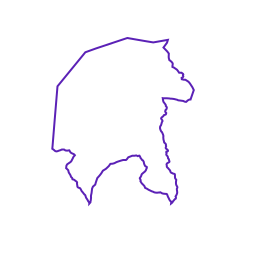 the district of Chokhorling, Pemagatsel, Bhutan, rotated 152°
{"feature_id": "84629894B57619855084660", "entity_name": "Chokhorling", "entity_type": "district", "adm_level": 2, "iso_a3": "BTN", "parent_name": "Bhutan", "parent_adm1": "Pemagatsel", "projection": "orthographic", "projection_center": [91.337, 26.854], "detail": "fine", "context": "isolated", "style": "outline", "palette": "violet", "viewbox_px": 256, "rotation_deg": 152, "n_neighbors": 0, "source": "geoboundaries", "source_scale": "gbopen_adm2", "svg_char_len": 5248}
<svg xmlns="http://www.w3.org/2000/svg" viewBox="0 0 256 256"><g transform="rotate(152 128 128)"><path d="M197.7,79.4L196.1,80.0L195.8,80.5L195.2,81.2L194.6,81.9L194.1,82.7L193.4,83.7L193.1,84.4L192.6,85.4L191.9,86.3L190.7,87.7L189.8,89.0L188.2,91.3L186.5,92.7L183.5,93.4L182.0,95.0L179.9,97.0L178.6,98.2L176.1,99.1L175.1,99.5L172.9,100.5L170.2,102.1L166.8,102.3L165.6,102.6L162.8,103.4L160.4,104.6L158.3,103.7L156.5,103.3L156.0,103.3L154.9,103.3L154.2,103.3L152.8,103.1L149.4,102.5L147.2,102.0L144.9,100.7L143.8,100.9L141.5,102.0L139.0,101.7L137.2,101.5L135.4,100.5L133.6,99.9L132.5,98.5L131.7,98.5L130.9,98.2L130.8,97.0L130.9,96.4L131.0,95.7L130.8,95.0L130.6,93.2L130.0,92.2L130.0,91.8L130.0,90.7L130.1,90.3L130.3,89.8L130.6,88.6L130.7,87.3L130.7,86.5L130.6,86.1L130.4,85.8L129.9,85.2L129.7,84.8L129.9,84.3L130.1,84.0L130.4,83.7L131.1,83.2L132.2,82.2L133.6,81.6L135.2,81.3L137.4,80.8L138.0,80.4L138.6,79.7L139.4,79.1L140.1,78.7L141.0,78.3L141.3,77.8L141.2,77.3L141.3,76.7L141.3,76.0L142.0,75.2L141.9,73.6L141.8,72.5L141.4,71.4L140.9,69.5L140.8,69.0L140.8,68.5L140.9,67.9L141.0,67.1L140.0,65.8L139.6,65.2L139.1,64.3L138.9,63.9L138.0,62.7L137.0,61.3L136.7,60.9L135.8,60.0L135.2,59.1L134.4,58.3L133.2,57.5L132.7,57.2L131.1,56.6L130.4,56.2L129.8,56.2L129.2,55.4L128.5,54.2L127.3,53.2L126.5,52.7L126.1,52.4L125.4,52.0L124.8,51.6L124.7,50.7L125.0,48.5L125.0,47.8L125.0,47.4L125.0,46.7L125.1,45.5L125.0,44.0L124.5,42.8L124.6,42.3L125.4,41.1L124.3,41.3L123.8,41.5L123.3,41.7L122.6,42.2L122.2,42.3L121.7,42.5L120.7,42.9L119.9,43.2L119.1,43.2L118.7,43.5L118.4,44.0L118.2,44.4L118.1,44.8L118.1,45.3L117.7,45.5L116.7,46.1L116.1,46.6L115.3,47.3L114.8,48.0L114.1,49.7L113.9,50.4L113.6,51.0L113.4,51.4L112.9,51.8L112.5,52.1L112.2,52.6L112.1,53.0L112.1,53.7L112.2,54.4L112.1,55.0L111.9,56.0L111.7,56.4L111.5,56.9L110.8,58.1L110.0,59.2L109.7,59.6L109.9,60.7L109.9,61.3L109.9,61.8L109.7,62.2L109.5,62.8L109.3,63.1L109.0,63.7L108.5,64.7L108.4,65.4L108.8,65.9L109.7,66.7L110.3,67.6L110.6,67.9L110.9,68.3L111.0,68.7L111.1,69.7L110.9,70.1L110.8,70.7L110.9,71.2L111.0,71.8L111.2,72.3L111.4,73.5L111.5,73.9L111.8,74.6L111.9,75.2L111.9,75.6L111.7,76.0L111.3,76.9L111.2,77.3L111.1,77.7L110.8,78.0L110.5,78.3L110.1,78.4L109.7,78.5L108.4,78.5L107.9,78.5L107.5,78.6L107.1,79.0L107.0,79.5L106.8,80.6L106.6,81.4L106.9,82.3L106.7,82.9L106.5,83.4L106.4,83.8L106.4,84.8L106.5,85.2L106.7,85.6L106.7,86.0L106.7,86.5L106.4,87.0L106.1,87.3L105.8,87.6L105.7,88.2L105.6,88.7L105.2,89.1L104.4,88.8L104.0,88.8L103.6,88.9L103.3,89.3L103.3,90.1L103.5,90.7L103.9,91.5L104.1,92.2L104.1,92.6L103.8,93.1L102.8,94.1L102.7,94.9L102.3,95.5L102.2,96.0L102.3,96.8L102.8,98.0L102.8,98.5L102.6,98.9L102.4,99.8L102.1,101.1L101.7,102.1L101.5,102.5L101.1,103.5L100.8,103.8L100.4,104.6L100.2,105.4L100.0,107.3L100.0,108.7L100.3,109.3L100.2,111.2L99.9,112.6L99.3,113.7L98.8,114.3L98.5,114.4L98.1,114.7L97.6,114.9L96.8,115.7L96.1,116.4L95.5,117.1L94.3,117.9L94.1,118.4L94.1,118.9L94.2,119.4L94.3,119.8L94.3,120.4L94.2,121.0L93.6,121.4L91.9,121.8L91.5,121.8L90.9,122.1L90.3,122.5L89.5,122.4L88.5,122.2L88.0,122.4L87.4,123.0L87.2,123.3L87.4,124.2L87.5,124.9L87.1,125.5L86.6,126.1L86.2,126.3L85.8,126.3L85.2,126.6L84.4,127.4L84.1,127.9L84.0,128.2L84.2,129.3L84.3,129.7L83.9,130.4L83.9,131.3L84.4,134.4L84.2,135.5L83.9,136.3L83.7,137.1L83.5,137.4L83.3,138.0L82.6,137.5L82.1,137.3L81.0,136.7L79.7,136.0L79.1,135.6L77.8,134.8L76.9,134.1L76.3,133.7L75.9,133.5L74.4,132.5L73.4,131.7L71.2,129.7L70.7,128.9L69.1,127.8L66.6,126.0L65.6,124.7L65.0,124.2L64.5,123.8L63.7,123.9L62.5,124.3L61.6,124.3L60.7,124.3L60.0,124.2L59.4,123.8L52.1,130.6L52.0,133.7L52.4,138.2L52.7,139.8L53.1,140.9L54.7,143.7L55.9,144.3L57.6,145.8L57.1,147.1L56.4,147.1L55.9,147.0L55.0,147.5L54.8,148.4L54.7,148.9L54.1,149.2L54.0,150.0L54.8,151.7L56.9,152.8L57.1,154.7L57.4,156.5L59.1,159.8L60.1,161.0L59.6,162.0L58.9,162.8L58.2,164.1L58.4,165.6L58.8,166.8L59.2,167.8L59.6,168.4L59.3,170.1L58.8,171.5L57.0,174.6L57.4,177.1L58.9,182.4L53.5,185.0L51.4,187.1L65.5,191.7L70.9,195.8L86.4,207.8L119.0,213.3L130.1,214.9L170.7,197.9L186.4,173.5L188.4,170.4L203.2,147.3L204.6,145.2L204.0,144.1L203.5,142.9L203.3,142.2L202.9,141.6L202.3,141.0L201.1,140.6L200.1,140.5L198.9,140.3L197.8,140.1L196.7,140.1L194.7,139.1L194.4,138.8L194.0,137.9L193.7,137.5L193.0,137.0L191.7,136.3L190.9,136.1L190.3,135.8L190.3,134.7L190.2,133.6L190.0,132.9L189.2,131.7L188.4,130.7L188.0,130.1L187.9,129.6L187.7,128.9L188.1,128.7L188.8,128.5L189.5,128.2L190.3,127.7L191.3,126.9L192.1,126.4L192.9,125.8L193.7,125.3L194.9,124.9L196.2,124.8L196.8,124.7L198.7,124.5L199.4,124.1L200.2,123.5L200.9,122.4L201.2,122.0L201.5,121.6L201.2,120.7L200.9,119.8L200.6,118.8L200.9,117.7L201.2,116.5L201.0,114.0L201.0,113.5L201.0,112.9L201.2,112.0L201.2,111.4L201.0,110.8L200.8,110.3L200.8,109.8L201.0,109.3L201.1,108.8L200.6,108.3L200.2,108.0L199.9,107.6L199.6,107.0L199.1,105.8L198.6,104.9L198.5,104.5L198.5,104.2L198.6,103.6L199.1,103.0L199.3,102.4L199.6,101.6L199.9,100.6L200.1,100.3L200.2,99.7L200.1,99.2L199.7,98.5L198.8,97.7L198.5,96.9L198.5,95.6L198.5,94.8L198.5,94.2L198.5,93.7L198.2,92.8L198.1,92.1L197.7,89.8L197.4,89.3L197.3,88.4L197.5,87.6L197.7,86.4L197.7,85.5L197.5,84.0L197.5,82.0L197.4,81.4L197.3,80.5L197.3,80.1L197.7,79.4Z" fill="none" stroke="#5b21b6" stroke-width="2"/></g></svg>